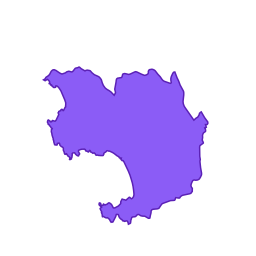 Kathu, Phuket, Thailand, rotated 329°
{"feature_id": "78962969B91269894651951", "entity_name": "Kathu", "entity_type": "district", "adm_level": 2, "iso_a3": "THA", "parent_name": "Thailand", "parent_adm1": "Phuket", "projection": "equal_earth", "projection_center": [98.291, 7.922], "detail": "fine", "context": "isolated", "style": "filled", "palette": "violet", "viewbox_px": 256, "rotation_deg": 329, "n_neighbors": 0, "source": "geoboundaries", "source_scale": "gbopen_adm2", "svg_char_len": 5690}
<svg xmlns="http://www.w3.org/2000/svg" viewBox="0 0 256 256"><g transform="rotate(329 128 128)"><path d="M176.3,89.0L175.1,89.5L174.6,89.9L173.7,91.4L173.2,91.8L171.5,92.0L169.7,91.6L169.1,91.2L167.2,88.7L164.5,84.6L163.6,83.7L162.5,83.4L157.8,82.9L156.3,82.5L155.9,82.2L154.3,80.6L153.2,79.6L151.7,79.1L151.0,79.3L149.4,80.9L148.5,81.4L144.6,79.9L143.5,80.1L142.7,80.8L141.4,82.5L136.9,87.6L136.5,88.2L135.8,90.5L135.4,91.4L133.0,92.8L131.9,88.1L130.8,85.7L130.0,84.4L129.2,82.4L129.0,81.5L128.8,78.8L129.2,76.0L130.0,72.9L129.9,71.1L129.5,69.3L128.8,68.1L126.6,65.0L125.6,62.2L125.1,59.5L124.6,58.9L122.9,57.4L121.8,57.0L120.6,56.9L120.4,56.7L118.4,53.0L117.8,51.0L117.4,50.5L115.9,50.4L114.3,49.8L113.4,49.7L110.3,50.9L109.2,51.1L108.4,50.8L106.8,49.1L106.1,48.7L104.3,48.3L102.8,48.5L99.5,47.8L98.9,47.4L97.8,45.7L95.8,41.4L94.7,40.0L93.6,39.5L92.4,39.6L91.3,39.9L88.7,41.5L87.4,42.0L86.2,42.2L83.8,42.3L82.1,43.2L80.4,43.2L81.3,44.8L82.5,44.8L83.4,44.7L83.9,44.7L84.1,45.1L84.6,47.0L84.6,47.9L84.1,48.9L83.5,49.1L83.3,49.3L84.1,50.1L83.8,50.8L83.8,51.2L84.6,51.6L84.3,52.2L84.3,52.6L84.8,53.1L84.9,54.3L85.0,54.8L85.6,55.3L86.8,55.8L87.1,55.7L87.7,54.8L88.3,55.0L88.7,55.4L89.0,56.1L89.4,57.5L89.6,60.5L89.6,61.8L88.3,71.2L87.6,74.3L86.5,76.1L85.7,77.1L85.5,77.8L84.7,77.9L81.7,79.8L81.3,79.6L81.2,78.2L80.6,77.8L79.6,78.0L79.2,78.5L78.2,78.2L77.1,78.2L76.6,78.8L75.9,79.0L75.6,80.8L70.3,84.3L68.9,84.6L67.2,82.7L66.7,82.7L66.2,83.2L65.1,83.1L64.6,82.5L64.7,81.6L64.2,81.2L64.1,80.3L63.9,80.1L63.3,80.1L62.5,80.8L61.9,81.6L61.9,82.5L61.5,83.8L62.1,84.5L61.9,85.6L62.2,86.2L62.3,87.4L62.2,88.3L62.7,89.1L62.7,89.6L61.4,90.0L60.8,91.1L60.3,91.7L60.0,93.2L59.3,94.8L58.7,97.2L58.4,98.7L58.2,99.2L57.9,99.4L57.7,100.9L57.3,101.5L56.5,104.5L56.9,105.1L57.4,105.2L58.2,106.0L58.7,105.9L59.5,104.8L59.8,104.9L60.0,105.2L61.0,105.3L61.3,105.6L61.3,106.2L60.9,107.3L60.8,107.8L61.3,109.6L62.1,110.8L62.2,112.0L62.0,112.4L61.6,112.9L61.0,114.1L61.0,115.5L60.5,116.6L60.4,117.8L60.4,118.0L60.8,118.3L61.7,118.1L62.0,118.3L62.1,118.6L61.8,119.2L62.2,119.9L62.1,121.3L62.3,121.5L62.6,122.3L62.9,122.6L62.7,123.5L63.1,124.1L63.3,124.2L63.2,124.3L62.5,124.2L62.1,124.4L61.7,124.8L61.9,125.2L63.0,125.4L63.6,125.3L63.6,124.6L64.1,124.6L64.9,124.2L65.3,123.7L65.7,122.9L66.0,122.8L67.1,121.1L67.5,121.0L68.2,121.1L69.5,121.8L69.6,123.6L70.2,125.4L70.9,126.3L71.3,126.4L72.2,125.7L73.1,125.4L73.3,125.1L73.3,122.8L74.1,121.7L76.3,122.0L77.7,122.5L79.9,123.8L80.3,124.6L80.0,125.2L80.0,125.5L80.1,125.9L80.3,125.8L80.4,126.2L81.1,127.1L81.3,127.7L81.7,128.2L82.1,128.2L83.1,127.5L83.7,127.5L83.9,127.9L83.7,129.4L84.3,130.2L84.9,131.6L85.9,131.8L86.3,132.1L86.6,133.2L86.5,134.2L86.6,134.8L87.2,135.2L87.8,135.4L88.6,136.3L90.6,137.7L92.2,138.7L92.7,138.7L93.0,138.4L93.6,138.2L94.1,137.4L95.0,137.1L96.7,137.1L98.0,136.6L98.6,136.8L99.7,138.0L100.2,138.2L102.1,141.0L103.0,142.8L104.3,146.2L105.3,147.8L105.4,148.2L105.2,148.6L105.3,149.2L105.8,149.5L106.3,150.0L105.7,150.5L105.8,150.7L106.4,150.7L106.0,151.1L105.9,151.9L106.2,153.0L106.6,153.1L107.0,153.5L107.1,154.8L106.1,165.1L105.4,169.5L104.3,174.0L103.4,177.4L102.2,180.8L100.8,184.1L99.0,187.9L97.9,189.2L97.3,189.7L95.6,190.5L94.5,190.4L94.2,189.8L93.8,188.4L93.4,188.0L89.0,188.8L88.8,188.7L88.2,187.7L87.5,187.3L86.7,186.2L86.3,185.9L83.9,187.4L82.8,189.0L82.6,189.1L79.6,189.9L75.6,189.7L74.6,189.2L74.3,188.9L74.5,185.0L73.7,182.9L73.2,182.4L72.7,182.2L70.5,182.5L69.5,182.2L68.8,182.2L68.2,181.7L68.1,181.0L67.9,180.6L67.4,180.7L67.0,181.3L66.2,181.3L65.6,180.8L65.3,180.1L65.3,179.6L65.7,178.7L65.7,178.3L64.9,177.5L64.6,177.6L63.8,178.6L63.7,179.5L63.7,179.8L64.2,180.6L64.2,181.2L64.6,181.9L64.6,182.3L63.0,182.5L62.5,182.8L62.3,184.9L62.3,186.2L62.1,186.7L61.6,186.9L61.5,188.3L60.4,190.8L60.5,191.0L61.0,190.9L61.3,191.1L62.0,192.4L62.7,193.5L63.3,194.0L64.2,194.3L64.4,194.7L64.6,195.7L65.1,196.6L64.9,198.4L65.0,200.1L65.9,200.3L66.4,200.8L66.8,200.7L71.8,197.6L73.4,196.1L73.6,196.1L74.8,196.9L75.1,197.3L74.7,198.9L74.5,200.4L75.0,202.5L75.5,203.1L75.7,204.9L76.1,205.2L76.6,205.3L76.7,206.0L77.2,206.4L78.7,206.7L79.4,207.4L79.4,208.9L78.8,210.7L80.7,210.9L81.3,210.7L83.0,208.5L85.2,206.6L86.3,206.7L88.4,207.7L89.4,207.7L91.0,207.2L91.9,207.2L92.8,207.8L93.7,209.7L94.8,210.8L97.0,212.3L99.0,215.9L100.2,216.5L100.6,216.2L102.0,214.6L104.0,212.6L105.2,210.9L106.3,210.4L106.9,210.4L107.9,210.7L111.5,212.4L112.6,212.7L113.3,212.7L116.2,211.3L117.6,210.7L118.6,210.5L127.0,212.1L130.1,213.7L130.7,213.9L131.4,213.7L132.5,212.6L133.1,212.3L135.3,214.1L136.0,214.5L136.5,214.5L137.6,213.9L139.1,213.7L140.2,213.8L146.9,216.1L148.2,216.4L150.4,215.5L152.1,212.8L151.9,211.6L152.0,210.8L152.5,209.4L153.8,208.2L155.9,206.7L156.8,206.4L157.4,206.5L158.1,206.7L158.9,207.5L159.7,207.9L160.9,208.4L162.2,208.5L163.0,208.4L164.9,207.4L166.9,206.0L167.8,204.6L169.7,199.6L172.1,194.4L172.7,193.3L173.7,192.3L174.9,189.3L179.6,181.2L180.4,180.3L180.9,180.1L184.5,179.8L184.9,179.6L185.1,179.1L185.4,176.6L187.2,174.4L188.0,172.8L188.9,171.9L189.8,171.3L190.7,171.0L192.6,170.9L193.2,170.2L193.6,169.3L193.9,168.5L193.7,168.1L193.8,167.4L195.5,167.7L196.2,165.0L197.2,165.7L197.9,165.7L198.8,165.2L199.5,163.9L199.0,158.6L199.1,151.9L198.4,151.9L196.9,152.2L195.8,153.3L193.8,154.4L193.2,154.6L191.2,154.6L188.5,155.2L187.4,139.6L187.4,138.2L187.7,136.6L188.0,135.4L188.9,133.5L192.8,128.4L193.9,126.6L194.5,125.1L194.8,118.0L195.6,113.8L195.9,110.3L197.0,104.1L195.9,103.7L194.7,104.1L191.9,106.0L190.4,107.4L189.4,109.0L188.5,111.3L187.9,111.6L187.2,111.5L183.2,106.7L182.5,105.4L182.2,104.0L182.0,100.6L181.3,97.4L180.8,93.1L180.4,91.9L179.4,90.5L178.7,89.9L176.3,89.0Z" fill="#8b5cf6" stroke="#5b21b6" stroke-width="1.5"/></g></svg>